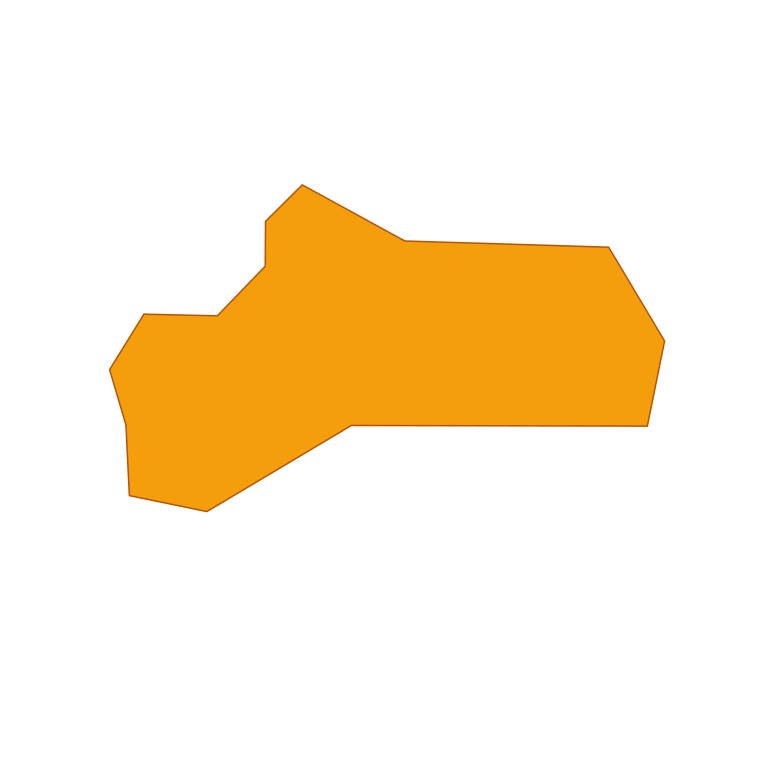 an SVG outline of San Giljan, rotated 40°
{"feature_id": "MLT-5935", "entity_name": "San Giljan", "entity_type": "state/province", "adm_level": 1, "iso_a3": "MLT", "parent_name": "Malta", "parent_adm1": "", "projection": "robinson", "projection_center": [14.492, 35.918], "detail": "fine", "context": "isolated", "style": "filled", "palette": "amber", "viewbox_px": 768, "rotation_deg": 40, "n_neighbors": 0, "source": "natural_earth", "source_scale": "10m", "svg_char_len": 350}
<svg xmlns="http://www.w3.org/2000/svg" viewBox="0 0 768 768"><g transform="rotate(40 384 384)"><path d="M468.2,134.8L571.3,170.7L612.8,247.0L385.6,436.8L330.3,595.6L260.7,633.2L212.6,581.2L164.6,549.4L155.2,484.8L212.5,438.9L217.3,370.1L188.7,335.6L193.4,284.0L308.0,261.1L468.2,134.8Z" fill="#f59e0b" stroke="#b45309" stroke-width="1.5"/></g></svg>